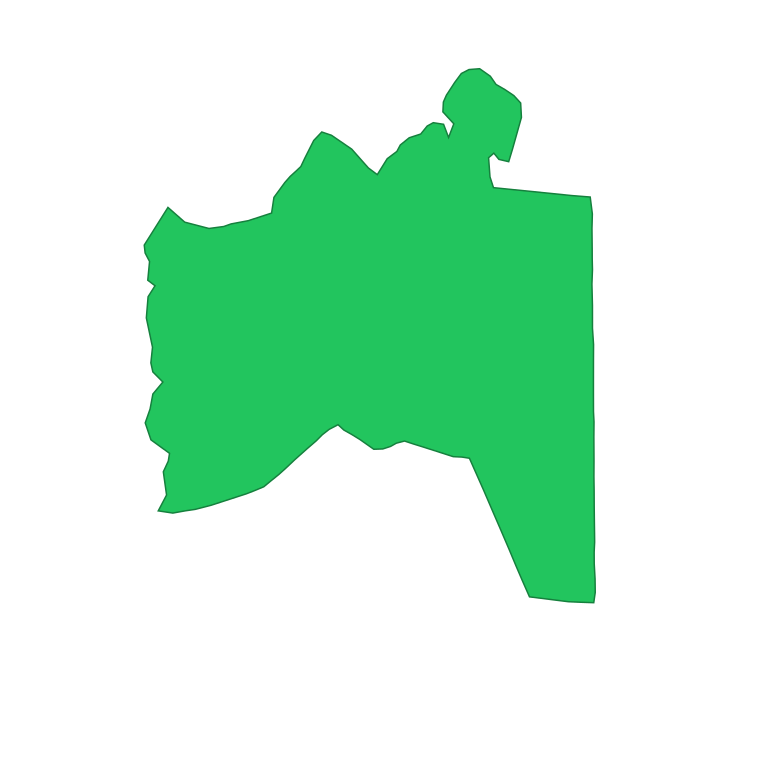 the district of Cidreira, Rio Grande do Sul, Brazil, rotated 342°
{"feature_id": "56859067B17697347991096", "entity_name": "Cidreira", "entity_type": "district", "adm_level": 2, "iso_a3": "BRA", "parent_name": "Brazil", "parent_adm1": "Rio Grande do Sul", "projection": "natural_earth1", "projection_center": [-50.272, -30.138], "detail": "fine", "context": "isolated", "style": "filled", "palette": "green", "viewbox_px": 768, "rotation_deg": 342, "n_neighbors": 0, "source": "geoboundaries", "source_scale": "gbopen_adm2", "svg_char_len": 1863}
<svg xmlns="http://www.w3.org/2000/svg" viewBox="0 0 768 768"><g transform="rotate(342 384 384)"><path d="M515.9,656.8L520.5,647.5L524.5,634.6L528.4,619.9L531.9,608.9L535.5,599.4L538.0,591.4L540.5,583.3L546.2,565.0L550.9,550.3L555.1,536.7L559.8,522.5L564.4,508.1L567.2,499.3L572.0,485.0L574.7,475.0L580.2,457.9L584.1,445.9L590.5,426.3L595.5,411.2L599.5,395.4L606.5,373.8L612.6,353.3L617.6,339.7L620.8,329.0L623.5,320.6L629.9,300.2L634.7,286.7L637.9,269.9L620.8,262.8L548.8,231.1L548.8,219.8L553.4,201.1L559.8,198.4L562.7,205.9L571.3,211.1L578.8,200.3L597.1,172.9L600.8,159.0L596.6,149.8L590.1,141.5L583.1,133.7L580.2,124.1L572.4,113.7L562.0,111.2L553.5,112.6L544.5,119.0L532.6,128.6L527.6,134.2L524.1,143.4L530.8,158.1L521.6,169.5L520.9,155.4L511.6,150.7L504.8,152.0L496.2,157.6L484.1,157.6L473.4,161.7L468.1,166.8L456.7,170.7L442.3,182.8L435.9,173.7L425.9,150.7L410.9,131.2L402.7,125.1L392.4,130.7L378.5,144.7L372.1,151.5L365.3,154.7L358.9,157.6L352.0,161.7L337.0,172.5L329.9,186.7L305.2,186.7L288.0,184.5L280.3,184.7L265.6,182.0L244.5,168.5L233.1,149.3L198.9,177.8L197.3,185.6L198.9,195.0L191.4,212.3L196.6,219.8L186.6,228.1L178.4,247.7L175.2,277.5L168.8,291.9L167.9,301.1L174.3,313.8L161.1,322.1L153.8,335.5L144.9,347.2L145.1,365.1L158.6,383.7L155.0,390.7L147.0,399.3L142.9,422.4L130.1,434.9L143.3,441.5L155.7,443.2L165.7,444.9L173.6,445.4L182.1,445.9L193.2,445.9L210.7,445.9L219.2,445.9L227.9,445.4L237.9,444.6L245.7,441.5L255.9,437.6L265.3,433.4L275.6,428.5L290.6,421.9L302.0,417.1L309.6,413.2L317.8,410.2L327.7,408.5L331.6,415.4L337.7,422.0L343.9,429.3L354.1,442.9L362.8,445.4L371.0,445.4L377.4,444.1L385.9,444.6L393.4,450.1L402.3,456.4L427.4,474.5L435.6,477.6L442.3,481.0L445.9,515.5L448.4,542.5L449.8,557.2L451.9,580.2L453.4,598.5L454.8,613.6L456.6,631.4L492.0,648.0L503.8,652.4L515.9,656.8Z" fill="#22c55e" stroke="#15803d" stroke-width="1.5"/></g></svg>